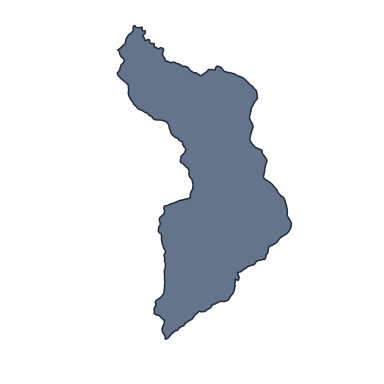 Charta, Santander, Colombia, rotated 103°
{"feature_id": "7082276B80565100217249", "entity_name": "Charta", "entity_type": "district", "adm_level": 2, "iso_a3": "COL", "parent_name": "Colombia", "parent_adm1": "Santander", "projection": "mercator", "projection_center": [-72.993, 7.252], "detail": "fine", "context": "isolated", "style": "filled", "palette": "slate", "viewbox_px": 384, "rotation_deg": 103, "n_neighbors": 0, "source": "geoboundaries", "source_scale": "gbopen_adm2", "svg_char_len": 5985}
<svg xmlns="http://www.w3.org/2000/svg" viewBox="0 0 384 384"><g transform="rotate(103 192 192)"><path d="M280.1,128.9L277.3,128.7L275.2,129.1L274.5,128.8L273.6,128.8L272.1,129.7L271.4,129.8L269.8,129.5L268.4,129.9L268.2,130.1L267.5,130.3L267.2,129.9L267.3,129.2L267.8,127.3L267.6,127.1L266.7,127.0L266.5,126.8L266.2,126.7L265.5,127.2L264.4,126.8L263.7,127.7L263.0,127.8L261.8,128.4L261.5,129.3L260.8,129.6L259.9,129.1L259.2,127.2L257.9,125.7L256.4,124.7L253.9,122.0L252.4,121.2L251.5,120.0L251.2,119.1L249.6,117.0L249.4,116.0L249.0,115.4L247.4,114.4L244.9,113.5L244.4,112.9L244.2,112.1L243.2,111.0L242.8,109.5L241.9,108.2L241.5,106.3L241.1,106.0L240.0,105.5L236.1,105.5L235.7,105.4L235.2,104.8L234.1,104.4L228.6,105.0L226.9,103.5L225.8,102.0L225.6,101.4L224.4,100.5L223.4,99.1L222.1,98.2L219.2,96.8L217.9,96.3L216.3,95.3L211.1,90.1L209.2,89.1L206.2,88.0L205.2,87.8L202.2,87.7L200.3,88.2L198.5,89.2L197.9,89.9L196.9,90.6L193.9,93.7L193.3,94.0L191.1,94.3L189.0,94.9L188.4,95.2L187.7,95.3L186.0,96.0L185.0,96.6L183.4,97.3L181.2,98.7L180.1,99.0L177.7,100.7L176.2,102.6L175.7,104.4L173.9,107.2L172.9,108.4L172.0,108.9L170.5,110.3L166.5,115.6L165.2,118.1L165.2,117.9L163.1,123.8L162.5,124.9L161.9,125.4L161.1,125.8L160.3,125.9L155.6,125.9L152.1,126.4L147.3,126.2L145.2,125.9L143.7,126.4L141.5,128.6L139.2,131.6L137.8,132.4L136.6,132.8L135.5,133.6L135.2,134.3L135.2,135.7L134.2,140.5L132.6,142.8L130.7,145.2L129.6,146.3L128.1,147.4L125.5,147.7L123.3,147.7L118.5,147.5L116.2,147.2L114.6,147.1L111.9,148.6L110.0,150.6L108.9,151.4L106.9,152.6L105.4,152.9L98.8,152.8L98.2,153.1L97.6,153.1L89.9,151.2L87.3,149.8L86.1,149.3L85.8,149.3L82.6,150.5L81.2,150.9L78.3,152.5L78.0,153.0L77.7,154.3L75.8,156.4L74.2,159.8L70.2,166.1L69.3,168.0L68.7,170.9L68.5,173.9L68.1,175.6L67.5,176.6L67.3,177.4L67.3,180.4L67.1,181.6L67.4,183.9L67.3,187.1L67.1,187.7L66.2,189.1L64.1,191.7L63.7,192.6L63.7,195.2L64.0,196.3L65.8,197.0L68.1,197.2L68.2,200.7L69.1,203.5L69.5,203.8L70.8,204.1L72.6,205.8L73.4,206.3L76.2,209.0L76.7,209.7L76.7,210.7L76.0,211.7L75.0,214.7L75.0,215.8L75.3,216.6L75.1,217.9L74.0,220.9L71.9,223.4L71.3,224.6L71.2,225.2L71.1,227.6L71.6,228.8L71.6,229.4L70.4,232.3L70.1,235.9L69.9,237.1L69.6,237.3L69.6,238.5L69.9,240.1L70.7,241.2L70.7,242.4L70.2,245.1L70.2,246.1L70.5,246.8L70.1,247.3L68.2,248.4L66.7,250.0L65.0,251.3L63.8,251.8L63.6,252.1L62.9,252.2L62.3,251.7L59.9,251.6L58.7,252.4L58.5,253.1L58.4,255.2L58.5,255.4L59.4,255.9L59.8,256.6L59.9,258.2L59.1,259.5L59.1,261.3L58.4,261.9L56.3,262.0L55.9,262.4L56.0,263.6L56.5,264.7L56.5,265.8L56.2,266.3L55.4,267.0L53.7,267.4L53.2,268.1L53.4,269.5L54.8,271.0L54.9,271.5L54.7,272.0L52.9,273.1L51.0,274.9L50.5,275.0L48.6,273.7L47.6,273.4L45.8,273.7L45.5,274.1L45.6,274.7L46.0,275.4L46.1,276.0L45.4,277.0L45.2,277.2L43.5,277.2L42.9,277.7L42.8,278.5L43.4,279.2L43.8,280.7L44.1,283.3L43.8,284.3L43.4,284.7L42.9,284.8L42.7,285.0L42.7,285.4L43.1,285.9L44.2,286.3L45.0,286.4L46.6,285.8L48.0,285.8L49.0,286.1L50.5,286.8L51.5,287.8L53.3,289.1L56.3,290.3L57.6,290.6L61.9,290.5L62.9,290.8L63.9,291.6L67.3,293.7L69.6,295.5L70.2,296.3L70.7,295.2L71.5,294.6L73.8,293.4L75.7,292.0L76.4,291.0L77.0,289.6L77.3,289.2L77.8,288.5L78.9,287.7L80.5,287.7L81.1,287.8L82.2,288.3L83.1,289.1L84.6,289.7L85.7,289.9L88.5,289.9L89.9,290.1L91.0,290.5L92.2,291.4L93.1,291.5L93.5,291.3L95.1,290.0L97.4,286.8L99.6,282.3L102.2,278.2L103.1,277.8L104.7,277.5L106.4,276.7L109.8,276.4L112.6,275.1L116.0,272.2L117.5,270.3L118.7,269.1L119.5,268.6L121.3,265.6L122.9,263.4L123.2,262.6L123.9,258.3L124.9,255.9L125.1,254.2L125.7,252.8L126.0,251.6L127.2,250.6L127.4,248.6L129.8,245.4L129.8,243.3L128.8,237.9L129.2,233.7L129.6,233.1L129.8,232.1L131.4,230.3L132.5,229.5L133.4,229.0L135.7,228.1L136.6,227.3L139.0,225.9L140.4,224.6L142.4,221.0L143.0,218.0L144.6,215.9L145.0,215.1L145.1,213.4L145.4,212.9L146.3,212.2L147.7,211.9L148.5,211.0L149.6,210.0L150.6,208.6L151.1,208.1L152.4,207.7L155.1,208.0L157.6,209.3L159.2,210.5L159.5,210.6L164.6,210.4L165.6,209.7L166.8,206.6L169.2,202.7L169.6,201.8L170.0,201.3L171.8,199.7L172.5,199.4L175.2,199.0L176.9,198.2L177.9,197.6L179.3,195.5L180.2,194.6L184.6,192.6L187.2,192.2L189.7,192.2L191.0,192.5L191.5,192.9L194.7,193.2L197.3,192.4L197.7,192.5L199.1,194.0L199.7,195.0L200.4,196.9L201.7,198.9L202.8,201.7L207.0,207.5L207.6,208.9L208.8,210.7L209.6,211.4L210.7,213.0L211.6,215.1L212.0,215.5L212.6,215.8L214.3,215.9L215.8,214.8L216.5,214.6L218.2,214.4L219.8,214.5L224.3,217.6L225.6,217.7L227.3,217.2L229.3,216.1L231.1,215.6L232.1,215.8L232.7,216.4L235.7,216.4L237.7,215.9L238.5,215.3L240.5,212.1L245.7,210.9L247.9,209.7L249.2,209.3L251.8,207.5L252.5,207.4L253.1,207.0L254.8,205.0L256.1,204.5L257.8,204.4L258.8,204.8L259.1,205.1L259.6,205.1L260.6,204.8L263.3,203.4L265.2,203.5L265.7,203.0L267.5,201.8L267.9,201.7L270.4,201.3L271.0,201.1L272.7,201.0L273.4,201.2L276.0,201.1L278.4,200.2L284.2,198.9L285.8,198.1L286.5,198.0L289.1,197.8L290.0,197.5L295.0,196.8L296.4,196.7L297.7,196.9L300.1,197.9L299.7,197.8L301.4,198.6L302.8,199.7L305.0,201.9L306.1,202.7L306.8,202.9L308.0,202.9L309.5,201.8L311.4,201.8L312.7,202.5L313.9,202.4L314.2,202.6L314.8,202.7L316.0,201.9L318.7,201.6L319.0,201.4L319.3,200.1L319.8,199.0L319.6,196.6L323.1,190.8L323.4,190.1L323.8,189.7L326.1,189.6L327.8,189.8L328.5,190.1L330.9,190.3L332.6,190.2L334.9,189.3L336.5,187.9L337.8,186.3L338.3,185.9L341.3,184.9L341.0,183.9L339.3,182.2L334.4,179.8L331.3,177.3L330.3,176.2L330.7,176.4L330.3,175.9L330.3,175.3L329.1,174.5L327.7,174.1L327.1,173.7L326.9,173.2L326.1,172.6L325.6,172.3L324.2,170.1L323.1,169.6L322.3,169.4L319.7,167.5L317.4,165.3L317.3,164.9L316.1,163.4L315.4,163.3L314.0,162.5L311.5,161.6L309.9,160.6L309.8,160.3L309.3,159.9L306.8,158.5L306.5,158.1L306.7,157.0L306.4,155.0L305.9,153.7L305.6,152.6L304.4,151.8L302.6,150.1L301.4,148.6L300.8,148.3L300.5,147.8L299.4,147.2L297.6,147.2L297.5,146.6L296.4,145.6L296.0,144.4L294.4,142.7L291.8,139.3L291.7,136.3L290.8,134.6L289.5,132.9L287.7,131.8L284.7,130.8L281.3,129.2L280.1,128.9Z" fill="#64748b" stroke="#1e293b" stroke-width="1.5"/></g></svg>